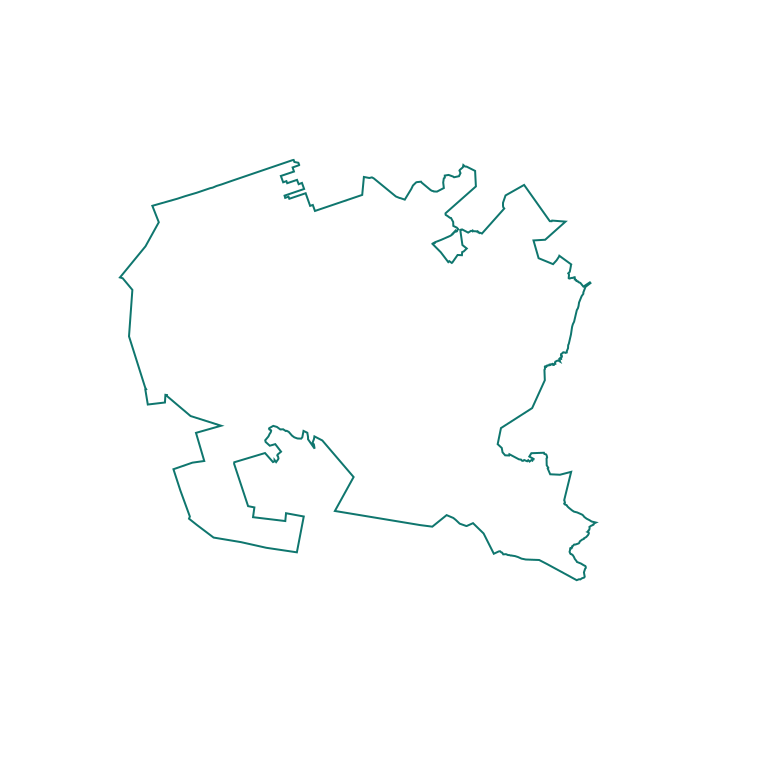 the district of Poanas, Durango, Mexico, rotated 154°
{"feature_id": "50627088B41464185473090", "entity_name": "Poanas", "entity_type": "district", "adm_level": 2, "iso_a3": "MEX", "parent_name": "Mexico", "parent_adm1": "Durango", "projection": "robinson", "projection_center": [-104.124, 24.035], "detail": "fine", "context": "isolated", "style": "outline", "palette": "teal", "viewbox_px": 768, "rotation_deg": 154, "n_neighbors": 0, "source": "geoboundaries", "source_scale": "gbopen_adm2", "svg_char_len": 6130}
<svg xmlns="http://www.w3.org/2000/svg" viewBox="0 0 768 768"><g transform="rotate(154 384 384)"><path d="M574.6,595.5L572.5,593.6L568.9,578.9L592.3,538.6L600.2,485.6L600.1,483.6L600.9,483.8L605.3,469.1L589.0,463.4L585.2,470.1L583.9,469.2L584.4,468.4L571.9,440.0L548.7,417.9L574.4,422.5L579.3,393.6L590.7,397.3L610.6,399.7L613.7,377.7L616.6,350.0L618.3,348.4L613.9,339.2L604.5,320.7L581.9,304.6L561.6,288.4L536.1,270.9L514.2,300.1L528.7,310.8L532.8,304.1L560.1,321.7L554.6,329.9L559.7,333.8L553.7,378.0L552.9,379.3L521.2,374.1L518.0,362.5L516.3,362.5L515.7,363.7L515.2,361.1L512.2,362.7L511.5,363.3L511.0,365.4L511.3,366.4L510.6,367.2L506.2,368.3L508.1,377.6L513.7,378.6L515.8,383.8L515.4,385.5L510.9,387.5L508.5,389.4L507.2,390.1L505.9,391.4L505.9,392.1L506.8,393.1L506.7,393.4L507.0,394.1L506.5,394.6L501.9,394.9L499.1,392.4L497.1,388.6L494.5,387.5L492.9,384.8L492.0,384.6L490.6,382.7L489.3,377.9L488.0,375.4L485.7,373.0L482.4,371.2L480.8,371.9L476.9,377.1L474.3,373.8L475.5,369.7L476.5,367.6L474.7,356.3L473.5,360.5L474.0,362.5L471.1,365.2L469.5,367.4L464.2,360.3L452.1,313.7L483.8,291.4L413.3,241.3L403.1,234.6L385.2,238.7L380.4,233.2L379.1,230.4L377.2,225.3L372.3,220.3L371.7,220.1L365.0,219.9L360.0,206.0L359.7,183.3L354.2,183.2L353.0,182.8L352.3,181.1L351.7,180.6L351.5,178.6L349.0,177.6L347.4,175.8L346.4,175.3L345.1,174.1L344.6,174.0L344.0,173.5L341.7,171.9L339.4,169.7L336.9,166.7L335.7,165.8L333.5,164.1L321.7,157.8L316.4,150.7L296.8,123.2L294.3,123.0L293.2,122.3L291.4,122.6L288.9,122.3L288.1,122.8L286.9,127.0L284.3,129.7L283.3,130.2L282.9,131.0L282.8,131.9L282.9,132.2L284.4,134.2L284.7,134.9L285.2,135.4L285.6,136.2L288.6,139.5L288.6,140.5L289.2,143.2L289.1,145.0L289.3,147.2L289.6,148.0L290.1,148.6L290.1,148.9L290.8,149.4L290.9,150.1L290.8,151.8L289.5,153.3L289.1,154.0L288.6,154.4L288.6,154.7L288.3,154.9L287.8,154.7L287.5,154.2L286.9,154.7L286.6,154.6L286.1,155.6L285.7,155.8L284.8,155.7L283.8,156.3L283.4,156.3L282.4,155.8L278.9,155.4L278.1,155.7L277.0,156.7L273.9,157.3L272.4,157.1L272.0,157.6L269.3,157.8L266.8,158.8L265.5,159.8L265.2,160.3L265.2,160.9L265.9,161.8L265.7,161.8L264.7,162.6L264.2,162.6L264.0,162.9L263.3,163.1L262.4,164.3L262.0,165.5L260.0,165.8L258.1,165.7L257.8,166.0L257.3,165.8L256.1,166.6L254.3,166.6L257.7,169.4L258.9,171.4L261.0,174.2L262.3,176.8L262.6,178.4L263.0,179.4L263.4,180.0L266.7,183.9L269.2,186.0L270.4,188.0L272.2,191.9L272.9,193.9L272.8,194.6L273.2,195.4L274.0,196.1L274.5,197.2L274.5,197.5L273.9,197.9L273.5,197.9L273.3,198.2L273.1,199.6L272.7,200.7L272.8,200.8L254.3,223.0L265.6,225.3L274.2,230.0L273.9,236.3L273.1,236.6L273.4,239.6L270.5,245.9L269.8,246.2L269.5,246.7L269.1,248.6L269.2,249.7L270.5,250.8L270.4,252.1L281.9,257.2L285.2,255.1L281.9,250.4L283.1,251.0L284.2,250.1L284.7,251.0L287.2,250.5L287.8,252.3L289.2,251.8L291.3,254.2L292.8,254.0L293.6,254.6L294.0,256.0L295.7,257.1L302.1,265.9L302.9,264.9L306.4,266.8L307.4,270.6L306.2,274.9L308.2,280.1L298.2,293.1L261.4,297.4L237.8,316.9L233.6,326.4L232.9,326.8L232.0,328.5L231.8,329.1L231.5,329.2L231.2,328.2L230.7,328.2L229.9,328.9L229.4,328.8L229.2,329.1L228.1,328.8L227.7,328.4L226.9,328.5L226.7,328.9L226.3,328.8L226.4,328.4L226.1,328.1L224.9,328.4L223.9,328.1L223.6,328.2L223.4,328.0L224.0,327.6L223.8,327.4L223.7,327.5L223.3,327.5L223.1,327.0L223.2,326.8L222.9,326.7L222.7,327.0L221.8,327.2L221.2,327.0L220.8,328.5L220.0,329.0L219.5,328.9L218.2,329.0L217.3,328.8L216.5,328.1L216.4,327.7L216.0,327.1L216.0,327.5L215.7,327.9L215.5,328.8L215.5,329.7L214.7,330.0L213.8,329.1L213.4,330.3L213.0,330.3L212.8,330.2L212.3,330.8L212.1,330.7L211.8,331.1L211.9,331.6L212.4,331.8L212.4,332.1L211.8,333.2L211.3,333.2L209.4,333.8L209.0,333.6L208.8,333.8L207.5,332.9L207.2,332.4L205.9,332.2L205.3,333.4L202.9,335.5L201.4,338.2L200.2,339.2L194.3,346.5L189.9,352.9L188.1,354.9L185.8,356.7L178.3,365.9L176.5,367.1L174.9,368.9L173.0,371.7L167.9,376.3L165.3,377.7L164.7,378.9L160.3,383.0L154.2,384.2L154.4,385.1L162.1,384.1L163.2,388.8L164.5,390.2L164.6,390.5L164.5,390.9L165.1,391.5L165.4,392.1L165.8,392.2L165.7,393.1L166.1,393.3L166.2,394.4L166.6,394.5L166.3,395.1L166.4,395.7L165.8,396.3L166.0,396.5L167.6,396.7L167.9,396.6L169.1,397.2L170.9,397.4L171.5,397.9L171.6,398.2L170.0,400.8L169.7,401.6L169.9,402.7L168.1,403.3L167.7,403.6L164.4,408.0L164.2,408.5L163.3,409.4L170.2,422.4L170.8,421.8L174.7,419.5L179.5,417.6L189.9,429.3L186.7,447.5L175.9,443.0L149.7,450.4L161.3,457.2L161.9,456.8L163.6,457.7L170.8,501.5L192.1,500.2L197.6,494.7L199.0,491.8L199.3,490.6L199.0,489.0L230.0,476.3L230.9,477.4L231.8,478.1L232.1,478.0L232.4,479.0L232.7,479.0L232.7,479.8L233.1,480.4L233.7,480.2L234.2,480.8L236.9,482.3L237.0,482.9L237.5,482.6L237.6,482.9L238.7,483.5L242.0,483.2L245.9,488.5L246.5,488.5L246.5,488.8L247.9,489.1L252.6,474.5L250.2,469.5L254.3,468.2L255.9,468.3L257.5,465.6L261.3,467.7L269.2,463.3L270.0,463.1L271.5,465.8L272.8,465.4L275.2,477.5L278.8,488.1L278.4,488.0L278.5,488.9L276.7,489.0L276.9,488.6L276.5,488.5L276.3,489.0L275.3,489.0L269.6,488.5L259.1,488.1L256.8,488.5L255.6,489.0L256.0,489.2L252.5,490.5L252.5,489.4L251.5,489.3L251.1,489.9L249.7,490.5L249.5,491.0L250.0,492.6L252.4,495.7L250.8,499.3L251.0,503.8L251.9,504.5L253.3,507.2L254.4,508.9L254.2,509.9L253.8,510.5L214.8,521.3L208.7,535.6L214.5,543.2L215.8,543.9L216.7,546.0L218.1,544.2L221.9,543.2L222.6,542.8L222.8,540.0L225.5,537.9L230.4,539.1L231.0,540.2L234.3,543.6L238.0,544.7L238.9,542.8L240.1,542.6L242.5,539.1L244.3,533.9L252.0,533.7L254.8,535.2L254.9,535.5L256.2,536.6L257.1,537.9L261.9,548.6L262.0,549.6L265.9,551.0L266.8,551.1L271.0,549.7L273.9,547.4L284.5,540.6L287.7,543.8L288.5,544.4L291.1,547.3L303.1,573.4L304.3,575.0L306.9,575.6L311.3,578.9L320.7,563.5L370.2,569.8L369.5,576.1L372.3,576.5L370.8,589.8L387.9,592.0L387.7,594.2L391.2,594.6L390.8,596.9L370.3,594.3L369.6,600.7L373.1,601.0L372.7,605.6L383.0,606.9L382.8,609.1L386.2,609.5L385.5,616.2L371.8,614.4L371.2,618.7L364.4,617.9L364.2,618.0L364.0,620.4L367.2,622.8L367.0,625.0L368.1,625.3L431.6,633.3L442.6,634.6L447.7,635.4L451.9,635.6L454.4,636.2L468.5,638.0L480.4,640.0L488.4,641.1L514.1,645.7L515.5,628.1L538.0,612.3L574.6,595.5Z" fill="none" stroke="#0f766e" stroke-width="2"/></g></svg>